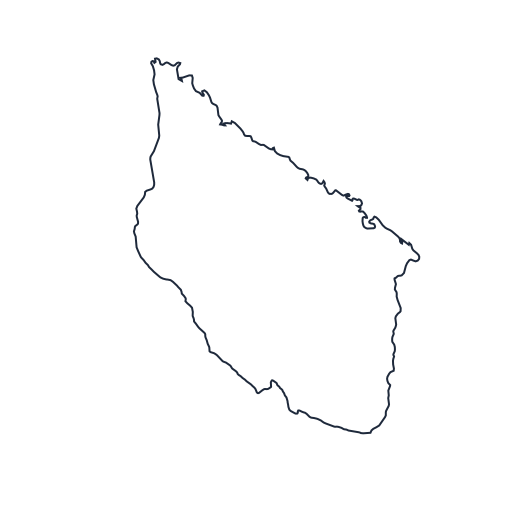 the Province of Cabo Delgado, rotated 307°
{"feature_id": "MOZ-1198", "entity_name": "Cabo Delgado", "entity_type": "Province", "adm_level": 1, "iso_a3": "MOZ", "parent_name": "Mozambique", "parent_adm1": "", "projection": "equal_earth", "projection_center": [39.387, -12.31], "detail": "fine", "context": "isolated", "style": "outline", "palette": "slate", "viewbox_px": 512, "rotation_deg": 307, "n_neighbors": 0, "source": "natural_earth", "source_scale": "10m", "svg_char_len": 6120}
<svg xmlns="http://www.w3.org/2000/svg" viewBox="0 0 512 512"><g transform="rotate(307 256 256)"><path d="M249.6,132.6L251.6,131.8L253.5,130.4L269.4,113.5L270.7,112.6L272.0,112.0L278.3,111.4L291.9,107.4L293.9,106.3L302.1,98.8L310.4,94.1L312.0,93.0L322.1,82.5L324.4,81.3L325.3,80.1L326.9,77.5L331.7,71.1L334.7,68.1L340.0,65.7L342.9,62.9L345.5,59.4L346.8,56.3L348.2,55.6L349.4,56.0L349.9,57.1L349.1,58.6L350.6,59.0L352.8,56.6L354.1,57.8L354.5,60.1L353.7,61.9L352.4,63.3L351.8,64.5L352.4,66.3L353.9,67.0L355.6,67.4L356.9,68.3L357.4,69.9L357.6,73.6L358.2,75.4L359.4,76.3L362.5,76.8L363.8,77.6L364.5,79.4L363.3,79.9L360.2,79.5L357.5,80.5L350.7,87.7L351.2,91.5L352.3,90.2L352.9,88.5L354.5,90.2L360.1,94.0L361.6,96.2L360.1,98.3L355.6,101.1L354.2,102.9L352.5,105.7L351.5,108.8L352.4,112.8L351.7,116.6L352.4,117.7L353.3,117.4L354.4,114.7L355.1,113.9L357.2,115.1L357.2,118.2L356.0,121.7L354.8,124.0L352.2,127.6L351.7,128.8L351.7,130.3L352.3,133.0L352.3,134.1L351.3,136.0L345.9,141.2L345.3,142.6L344.1,146.4L343.5,147.5L342.4,148.0L340.5,148.0L339.5,148.2L340.4,149.8L341.1,151.9L341.7,152.7L342.3,150.5L343.5,151.4L344.8,153.0L345.9,154.8L346.7,156.4L349.0,155.6L349.5,159.1L348.4,166.9L347.5,170.3L346.9,171.8L345.9,173.3L345.5,175.0L346.5,176.7L347.7,178.3L348.4,179.6L347.9,180.8L346.0,183.6L345.9,184.5L346.7,186.1L347.0,187.4L347.2,190.9L347.6,193.0L349.1,194.9L349.4,195.5L349.6,201.5L350.1,203.4L351.1,205.1L351.8,204.6L352.2,204.5L353.3,205.1L351.1,208.0L350.6,211.2L351.1,214.5L352.2,217.7L354.7,222.3L354.7,223.3L353.5,225.0L352.9,226.1L352.7,229.6L351.7,234.9L351.6,236.4L351.9,238.3L353.4,241.3L353.8,243.1L353.7,244.9L353.1,247.1L352.1,249.0L351.0,249.9L348.7,248.8L347.9,249.0L347.7,251.3L349.7,250.7L351.5,252.5L352.7,255.4L353.3,258.1L353.0,259.6L352.5,260.9L352.2,262.3L352.4,264.0L353.1,264.9L354.2,265.2L356.6,264.8L356.3,265.9L355.8,266.8L355.2,267.5L353.3,268.1L352.8,269.1L352.1,271.4L350.0,275.3L349.8,277.2L351.0,278.9L351.8,279.4L352.8,279.6L356.2,279.8L356.6,280.3L356.5,287.8L356.8,289.4L357.5,290.0L358.5,290.4L360.8,291.9L361.3,292.8L360.7,294.2L359.9,294.3L358.5,292.3L357.6,292.3L357.1,293.3L357.1,294.7L357.9,299.5L358.6,299.5L359.4,298.9L360.4,299.0L361.0,300.1L361.6,303.0L362.0,303.5L363.0,303.9L363.4,304.8L363.4,306.0L363.1,307.2L361.8,309.0L360.1,309.5L358.3,308.9L357.0,307.2L357.0,308.1L357.1,309.2L357.4,310.1L357.6,310.2L356.4,311.2L354.1,310.9L353.7,311.7L354.2,312.7L355.2,313.5L355.9,314.8L355.6,316.9L354.7,319.8L353.5,321.6L353.3,321.7L352.6,320.7L352.6,319.8L352.4,319.0L351.5,318.4L350.8,318.3L350.3,318.5L347.9,320.1L346.3,321.7L344.9,323.5L344.3,325.1L344.5,327.2L344.9,328.4L349.0,333.3L350.2,333.8L351.4,333.2L352.5,331.3L352.1,329.8L351.2,328.3L350.9,326.5L351.5,325.8L352.8,325.7L354.1,326.2L355.1,326.9L356.2,327.3L357.6,326.8L358.7,326.9L359.2,328.8L358.8,332.3L356.8,338.6L356.4,342.2L356.6,344.1L357.4,347.8L357.5,349.7L357.0,357.9L356.5,360.0L355.5,361.3L354.3,362.3L353.7,363.8L353.9,365.1L354.9,364.6L357.0,362.4L356.9,371.3L358.6,370.6L358.3,373.1L355.8,376.5L355.2,378.3L355.0,383.0L354.6,385.3L353.6,386.9L351.8,388.0L349.6,387.9L347.8,386.7L347.0,384.3L346.4,381.9L345.0,381.0L341.2,381.0L338.1,381.7L331.5,384.4L328.2,384.0L327.1,383.1L326.3,382.1L325.3,381.3L322.3,380.7L321.9,380.2L321.5,380.1L320.4,381.0L318.4,383.8L317.7,384.7L314.3,386.1L312.8,387.1L311.7,390.0L310.6,391.1L308.2,392.8L306.1,395.5L301.5,402.9L298.9,404.7L297.9,404.7L295.3,404.0L292.0,404.0L290.2,404.7L285.6,409.2L284.0,409.9L282.5,410.4L279.2,410.7L278.4,411.0L276.7,412.9L273.4,413.7L272.1,414.4L270.7,415.4L269.5,416.5L268.4,419.7L266.9,421.6L265.1,423.1L263.5,424.1L260.4,424.8L259.7,425.2L258.9,426.7L258.2,427.0L256.6,427.5L254.7,428.5L251.9,430.8L249.1,433.9L247.2,435.0L244.2,433.3L242.1,433.2L238.6,433.7L236.8,434.6L235.3,436.2L234.1,438.2L233.7,440.8L232.9,441.3L228.1,442.7L224.6,445.9L222.1,447.1L217.6,451.5L216.1,452.2L210.7,453.1L209.5,453.6L206.8,455.6L204.9,456.0L194.8,456.4L191.7,455.2L188.6,453.7L186.2,453.2L183.7,453.8L178.9,448.3L177.7,446.3L177.5,445.2L177.1,444.2L172.3,434.9L171.8,432.7L170.8,430.9L170.5,430.2L170.2,427.7L169.2,424.8L168.4,423.3L167.2,421.9L166.8,421.1L164.3,412.7L163.8,410.6L163.7,409.2L163.7,406.8L163.0,403.5L162.6,402.3L161.5,399.8L160.3,397.7L160.0,396.9L159.8,395.5L160.4,391.4L160.3,389.4L159.8,388.2L159.3,386.5L158.8,383.9L158.4,383.1L158.0,382.7L157.1,382.9L156.0,383.7L155.1,383.8L154.4,383.1L154.0,382.5L153.8,381.7L153.1,377.0L153.3,375.3L153.6,374.7L155.0,372.7L156.6,371.1L158.1,369.4L159.1,368.5L161.4,365.4L162.0,363.1L162.5,362.2L163.3,361.1L164.0,359.0L164.8,357.7L165.0,356.5L165.0,354.7L165.6,353.3L165.7,351.0L165.9,350.5L166.7,349.3L166.9,348.8L166.9,347.9L166.8,344.9L166.6,344.0L166.3,343.6L165.3,343.6L164.0,343.9L160.7,346.7L160.4,346.8L158.2,346.1L156.9,345.5L156.0,344.5L155.2,343.2L154.5,342.6L152.7,341.9L148.5,340.8L148.0,340.5L147.5,339.8L147.6,338.7L149.4,335.7L149.9,334.0L150.1,331.3L150.4,329.5L150.4,328.3L150.3,324.7L150.3,323.7L150.6,321.7L150.5,318.7L150.8,316.0L150.6,313.9L150.7,312.8L150.9,312.1L151.5,311.3L151.8,310.2L151.9,308.8L151.8,305.0L151.9,304.4L152.9,301.9L153.0,301.1L152.8,296.1L152.2,294.2L151.9,292.7L153.0,286.3L153.3,284.5L153.3,282.7L153.1,280.9L151.9,277.6L151.9,276.8L152.0,276.2L154.8,273.8L155.4,273.0L156.8,270.3L159.1,267.3L160.6,264.7L161.5,263.7L162.9,262.6L163.3,262.0L163.6,261.0L164.2,254.3L164.6,252.4L165.8,248.6L166.4,246.0L167.8,244.8L168.9,243.4L169.8,241.8L170.4,241.2L173.3,239.2L176.2,236.0L176.7,233.3L176.9,229.6L177.4,226.9L179.4,225.8L180.0,225.0L180.8,222.5L181.3,219.4L182.5,218.2L183.8,216.3L184.3,212.8L184.8,210.7L185.4,205.2L185.3,202.3L184.0,199.6L183.3,198.5L182.3,196.2L181.9,195.1L181.4,192.6L181.4,191.6L181.9,183.9L182.4,180.7L182.8,177.3L183.7,175.1L184.1,171.9L185.1,168.8L185.7,165.3L186.0,164.4L189.1,158.7L191.1,155.4L199.1,148.2L200.9,145.2L202.2,143.7L204.6,142.8L206.3,141.8L207.2,141.6L209.9,142.3L210.8,142.3L212.3,141.3L215.5,137.2L216.6,136.3L218.3,135.7L219.7,134.4L221.8,131.9L224.6,131.1L235.2,131.1L238.0,130.4L240.5,128.9L242.4,129.4L245.7,131.7L247.4,132.6L249.6,132.6Z" fill="none" stroke="#1e293b" stroke-width="2"/></g></svg>